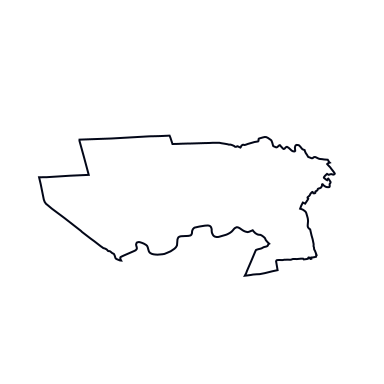 Thu Thua, Long An, Vietnam (Equal Earth projection), rotated 300°
{"feature_id": "81297802B60662496728573", "entity_name": "Thu Thua", "entity_type": "district", "adm_level": 2, "iso_a3": "VNM", "parent_name": "Vietnam", "parent_adm1": "Long An", "projection": "equal_earth", "projection_center": [106.358, 10.661], "detail": "fine", "context": "isolated", "style": "outline", "palette": "ink", "viewbox_px": 384, "rotation_deg": 300, "n_neighbors": 0, "source": "geoboundaries", "source_scale": "gbopen_adm2", "svg_char_len": 6080}
<svg xmlns="http://www.w3.org/2000/svg" viewBox="0 0 384 384"><g transform="rotate(300 192 192)"><path d="M181.1,68.4L180.1,68.9L167.8,81.4L155.2,94.0L145.3,78.5L132.2,58.8L128.3,52.2L123.2,57.0L111.4,67.4L109.8,69.3L108.8,71.4L108.3,74.5L107.5,79.0L105.7,94.4L102.8,115.2L102.4,116.7L101.0,127.3L100.5,132.0L99.4,140.0L99.2,142.3L99.1,143.0L99.1,143.4L99.5,144.7L99.5,145.4L99.6,146.4L99.5,147.2L99.0,148.6L99.0,148.9L99.1,149.3L99.5,150.1L99.6,150.5L99.6,151.2L99.3,152.8L99.2,153.5L99.2,153.8L99.3,154.6L99.3,155.3L99.1,155.7L98.3,156.8L97.6,157.6L96.7,158.5L96.3,159.3L96.2,159.9L96.3,161.0L96.5,162.5L96.7,163.8L97.2,164.9L97.9,163.8L98.8,163.0L99.1,162.8L99.3,162.8L99.9,162.7L101.2,163.5L103.3,165.0L112.1,171.5L113.3,172.3L113.8,172.4L114.6,172.6L115.0,172.6L115.7,172.4L116.6,171.7L117.6,170.6L118.6,169.8L119.4,169.6L120.2,169.5L120.6,169.5L121.2,170.0L121.9,170.7L122.4,171.7L122.9,173.9L123.2,176.0L123.2,178.6L123.0,179.5L122.9,180.0L122.5,180.6L121.9,181.4L120.1,183.2L119.0,184.4L118.5,185.4L118.3,186.2L118.3,187.5L118.4,188.4L118.9,190.1L119.6,191.7L120.5,193.5L123.3,197.5L124.6,199.1L126.8,200.8L128.7,202.2L129.9,203.1L131.7,204.0L134.2,205.2L136.1,205.7L138.2,205.7L138.9,205.4L143.5,203.2L144.9,202.9L146.0,202.9L146.2,203.0L147.1,203.5L148.1,204.5L148.9,205.7L152.1,210.7L153.4,212.2L154.0,212.6L154.8,212.8L155.6,212.7L156.5,212.5L157.4,212.0L158.4,211.6L159.7,211.4L160.5,211.4L161.3,211.6L162.0,211.8L162.5,212.1L165.8,215.7L169.3,220.0L169.9,220.9L170.9,222.4L171.3,223.4L171.5,224.4L171.4,225.1L171.3,225.6L170.8,226.3L170.3,227.0L169.1,228.0L168.4,228.3L166.7,229.6L165.4,231.4L164.9,232.5L164.8,233.5L164.8,234.1L165.3,235.8L166.0,237.0L166.8,237.9L168.9,239.9L171.9,242.8L172.9,243.6L174.1,244.4L175.6,245.3L177.4,246.1L179.0,246.5L180.8,246.8L182.0,247.1L183.3,247.9L183.9,248.4L184.2,249.1L184.4,249.9L184.5,251.2L184.2,255.0L184.2,256.4L184.4,258.0L184.8,259.4L185.1,260.3L186.2,261.4L189.2,263.7L188.6,265.2L188.3,266.4L188.0,267.5L188.0,268.1L188.0,270.0L188.2,270.6L188.4,271.3L189.0,272.4L189.1,272.9L189.2,273.9L189.1,275.4L188.8,277.3L188.6,277.9L188.5,278.3L187.9,279.1L187.3,279.9L186.9,280.9L186.3,282.7L185.8,284.7L185.1,284.3L184.5,284.3L183.6,284.4L182.9,284.3L182.6,284.1L181.7,283.4L180.9,282.5L180.2,281.8L179.3,281.2L178.1,280.5L177.3,279.8L175.7,278.1L174.4,276.9L173.7,276.4L172.3,276.5L161.2,277.9L150.9,279.1L148.7,279.5L145.9,279.6L147.6,281.9L149.7,284.6L151.0,286.1L153.0,289.0L154.2,290.9L154.7,291.7L158.2,295.7L163.6,301.3L167.1,305.2L172.2,301.0L174.0,299.5L174.6,299.4L175.0,299.4L175.5,299.7L176.6,301.3L178.1,304.1L178.5,304.7L179.4,305.7L181.0,308.3L182.5,311.0L182.8,311.5L184.1,312.6L184.5,313.0L185.8,315.3L186.3,316.3L188.6,319.5L189.8,321.5L189.5,322.5L191.1,324.6L192.0,325.6L192.3,325.8L192.6,325.7L193.0,325.6L193.4,325.6L193.6,325.7L193.8,326.0L193.8,326.6L193.4,327.6L193.3,327.9L193.3,328.2L193.4,328.4L193.7,328.6L194.0,327.9L194.2,327.7L194.4,327.7L194.7,327.8L195.0,328.2L195.7,329.3L196.8,330.6L198.0,331.8L199.2,331.3L199.9,330.8L200.6,330.2L200.6,330.3L201.1,329.7L202.4,328.1L203.0,327.1L203.6,326.3L204.8,325.5L205.2,325.1L205.7,324.5L206.3,324.1L207.0,323.8L207.9,323.2L211.4,320.1L214.2,317.2L218.7,313.0L218.8,311.7L219.0,311.1L219.4,310.2L220.0,309.5L220.9,308.9L224.7,307.1L225.8,306.4L227.1,305.4L228.4,304.1L230.7,301.7L231.4,300.8L231.8,299.8L232.0,298.3L232.1,297.0L232.0,295.8L231.6,294.0L234.5,293.5L237.6,293.3L238.3,293.3L238.5,295.8L243.1,296.1L244.3,296.0L244.5,295.3L244.7,295.0L245.0,294.8L245.4,294.8L247.0,295.4L248.0,295.6L249.9,295.5L251.1,295.8L251.7,295.9L252.0,296.1L252.3,296.4L252.1,296.8L251.6,297.8L251.7,298.0L252.0,298.6L252.4,299.0L252.8,299.2L253.1,299.2L253.9,298.7L254.5,298.8L254.8,299.0L255.6,299.5L256.3,299.7L256.7,299.7L257.2,299.5L257.7,299.5L258.2,299.8L259.2,300.8L260.1,301.4L260.9,301.5L261.8,301.5L262.8,301.4L263.4,300.9L263.8,300.9L264.0,301.1L264.0,301.6L263.7,302.1L263.5,303.1L263.4,304.3L263.4,305.2L263.7,306.4L264.3,307.6L264.9,308.4L265.4,308.5L266.0,308.3L267.0,307.6L267.3,307.4L268.0,307.2L269.1,307.3L269.6,307.2L270.1,306.8L271.5,304.0L271.7,303.3L271.3,303.1L269.8,303.1L269.8,301.8L270.2,299.3L270.4,299.0L270.8,298.9L271.3,298.9L272.6,299.1L274.3,299.6L275.2,299.9L275.2,300.4L275.2,301.7L275.3,301.9L276.5,302.9L276.9,303.4L277.2,303.8L277.4,304.8L277.6,305.5L277.9,306.0L278.6,306.4L279.2,306.5L279.5,306.2L279.8,305.6L280.5,304.1L281.7,301.1L282.5,299.3L283.0,297.5L283.5,295.9L283.8,295.1L284.6,295.3L285.3,295.7L286.3,296.6L286.5,295.7L287.4,294.2L287.8,293.4L286.2,290.1L285.6,288.5L284.5,286.1L284.2,284.9L284.0,281.8L283.9,281.3L283.7,280.9L283.3,280.3L282.4,279.8L281.7,279.6L281.4,279.3L281.2,279.0L281.0,278.5L280.7,276.3L280.6,275.9L280.5,275.3L280.5,275.0L281.5,273.3L282.7,270.9L283.8,269.4L284.6,268.6L284.3,266.7L284.4,265.7L285.4,263.2L285.7,262.1L285.9,261.5L285.8,260.8L285.5,259.9L285.0,259.0L284.6,258.7L284.2,258.5L283.3,258.5L281.9,258.9L280.5,259.9L279.2,260.8L278.5,260.6L278.2,260.2L277.8,259.2L277.7,258.6L277.7,257.6L278.3,254.9L278.6,253.5L278.6,252.8L278.6,251.7L278.4,251.4L278.0,251.1L277.2,250.8L275.8,250.5L275.4,250.2L275.1,249.9L275.1,249.6L275.1,249.0L275.8,246.8L276.0,246.0L276.4,245.2L276.5,244.7L276.2,244.3L273.6,243.4L273.3,243.2L273.0,242.9L272.8,242.7L272.7,242.3L272.5,240.7L272.4,239.6L272.5,239.2L274.5,237.2L275.3,236.3L276.3,235.0L276.5,234.3L276.8,230.6L276.7,229.4L276.6,228.7L276.0,227.5L274.6,226.0L271.8,223.3L271.2,223.2L270.5,223.5L269.6,224.0L269.4,224.0L268.8,223.9L266.5,221.1L261.5,216.3L259.7,214.8L258.9,213.9L258.5,212.6L257.8,212.1L257.0,211.7L256.1,211.7L255.3,211.8L254.7,211.7L254.6,210.9L254.4,208.7L254.2,208.3L253.6,208.0L253.0,207.3L252.8,206.9L252.7,206.5L252.8,205.8L252.9,205.5L252.8,204.4L252.6,202.9L252.4,202.1L252.1,201.2L251.5,200.4L251.2,199.1L250.2,196.3L249.0,193.2L248.3,191.1L244.8,185.1L242.8,182.0L241.0,179.0L235.3,169.8L232.4,165.1L231.6,163.7L228.4,158.5L226.9,156.2L225.2,153.4L223.8,151.1L228.2,146.2L229.6,144.4L224.6,136.6L221.9,132.2L219.0,127.4L206.0,107.6L198.0,95.4L181.1,68.4Z" fill="none" stroke="#020617" stroke-width="2"/></g></svg>